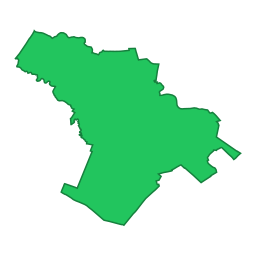 the district of Petresti, Dâmbovita, Romania
{"feature_id": "2599482B47779361305396", "entity_name": "Petresti", "entity_type": "district", "adm_level": 2, "iso_a3": "ROU", "parent_name": "Romania", "parent_adm1": "Dâmbovita", "projection": "equal_earth", "projection_center": [25.302, 44.657], "detail": "fine", "context": "isolated", "style": "filled", "palette": "green", "viewbox_px": 256, "rotation_deg": 0, "n_neighbors": 0, "source": "geoboundaries", "source_scale": "gbopen_adm2", "svg_char_len": 5429}
<svg xmlns="http://www.w3.org/2000/svg" viewBox="0 0 256 256"><path d="M216.6,172.3L216.0,169.6L214.9,168.0L212.7,167.1L210.5,165.4L208.2,163.4L207.8,162.5L207.3,160.8L207.8,160.5L208.5,160.1L207.6,158.2L207.5,157.7L207.6,157.3L208.6,156.0L209.1,155.1L210.2,153.8L213.6,150.8L213.6,150.1L214.5,150.1L216.5,150.4L216.6,150.0L217.3,149.3L218.3,149.0L221.0,147.6L221.4,147.5L222.0,147.8L228.5,154.1L231.2,156.5L232.3,157.6L233.8,159.5L235.6,158.2L238.2,155.4L240.6,153.3L237.4,151.3L237.3,151.5L216.4,137.0L218.9,125.2L218.5,125.1L218.1,123.2L216.6,121.6L220.2,120.5L216.1,115.7L214.3,113.9L212.5,112.4L210.7,113.1L209.6,112.8L207.6,110.0L204.4,109.5L201.9,108.9L201.0,109.1L199.2,109.2L196.6,108.2L194.2,107.9L190.4,108.5L184.1,108.7L182.0,108.9L180.0,108.5L178.5,107.5L177.5,106.2L177.0,105.0L176.8,103.2L176.6,100.7L176.3,99.2L175.7,97.6L174.7,96.4L172.4,95.1L168.8,94.3L166.7,94.2L163.9,94.7L162.0,95.3L159.9,95.4L159.9,93.8L159.4,92.3L159.5,91.6L160.4,90.9L161.7,90.1L163.1,89.1L163.7,87.4L163.4,86.3L162.2,85.2L160.9,83.5L160.5,83.2L159.8,82.9L159.4,82.9L157.9,83.4L157.0,83.5L156.9,83.0L157.2,82.1L155.1,82.1L155.1,81.6L154.5,81.6L154.3,81.0L154.2,81.0L154.1,80.7L154.4,80.4L156.0,80.5L156.4,77.5L156.8,75.0L157.3,71.2L158.0,67.9L158.8,64.1L153.7,63.9L152.9,63.7L151.4,63.1L150.5,62.4L149.0,60.8L146.8,58.9L146.0,58.9L140.8,59.6L139.5,59.7L138.5,59.9L136.5,53.0L136.0,51.5L135.3,48.6L135.2,48.4L128.9,48.6L129.1,50.4L120.2,51.3L114.9,51.4L109.8,51.3L108.6,51.4L107.1,51.3L104.6,51.3L104.3,51.3L103.9,50.9L103.2,50.3L102.6,50.7L101.8,51.9L101.5,52.1L100.1,52.4L99.8,52.6L98.8,54.4L98.5,54.7L98.3,54.8L96.7,54.0L94.5,53.5L94.1,53.4L93.6,53.1L92.7,52.7L92.0,52.7L92.3,51.7L92.4,49.8L92.3,49.1L91.8,48.4L91.4,47.3L91.1,47.1L87.2,46.4L86.9,46.0L85.7,45.1L84.9,44.6L84.2,43.6L84.3,43.0L84.4,42.7L85.3,42.0L85.2,41.7L85.0,41.2L85.2,40.9L85.1,39.5L85.0,39.1L83.6,37.8L82.2,37.4L80.4,37.5L78.8,37.9L77.3,37.7L76.8,37.7L75.2,37.3L74.1,36.8L73.6,36.8L72.8,37.0L72.0,37.0L69.8,37.6L69.0,37.7L68.4,37.5L67.5,36.6L66.3,34.6L66.1,34.4L65.3,33.9L63.6,32.9L61.1,32.7L60.6,32.8L60.1,33.0L58.6,34.0L57.3,35.3L56.9,36.0L56.5,36.3L55.8,36.5L54.8,36.7L52.3,38.3L50.6,36.7L50.1,36.3L49.4,36.0L48.1,35.6L46.9,34.9L44.3,33.7L42.9,33.1L40.9,32.7L39.6,32.7L36.4,32.1L35.0,31.5L34.3,30.8L34.2,31.2L34.1,31.6L33.6,32.2L33.3,32.7L33.2,33.2L30.0,38.0L29.6,38.2L26.1,43.8L20.0,52.8L19.8,53.2L15.4,58.6L15.6,58.8L16.4,58.8L16.6,58.6L16.8,58.2L17.1,58.1L17.9,59.0L18.0,59.3L18.4,59.6L18.7,60.0L18.5,61.0L18.1,63.4L18.0,64.1L16.8,66.2L17.0,66.8L18.7,67.0L19.6,67.2L21.0,68.3L21.5,69.1L21.9,69.7L22.2,69.9L23.8,70.7L25.1,71.7L25.4,71.7L26.4,71.3L27.0,71.4L27.7,72.4L28.0,73.2L30.5,72.4L30.9,72.4L31.3,72.7L31.9,74.0L32.2,74.2L35.0,74.3L35.8,74.8L36.0,74.8L36.9,74.7L37.2,74.9L37.4,75.4L37.4,76.1L37.3,76.6L37.6,77.5L37.6,77.8L37.5,78.3L36.4,80.0L36.5,80.4L36.9,80.9L37.7,81.2L39.2,80.9L40.1,80.4L41.2,78.9L41.5,78.6L42.0,78.5L43.2,79.1L44.0,80.1L44.1,80.3L44.2,81.6L44.4,82.2L44.7,82.7L45.2,83.0L46.0,83.0L47.2,82.0L48.4,81.2L48.9,81.2L49.6,81.4L49.8,81.5L49.9,81.9L49.9,82.4L49.5,83.7L49.7,84.5L51.4,85.9L52.8,86.2L54.6,86.3L55.4,86.5L53.0,91.1L52.9,91.7L53.0,92.2L53.3,93.1L53.6,93.5L54.3,95.3L54.9,95.7L55.2,96.8L56.0,97.6L57.8,100.2L59.2,100.8L62.0,100.6L62.5,100.6L64.4,101.3L66.7,102.9L68.3,104.4L70.7,105.2L70.8,105.5L70.8,106.3L71.4,107.0L71.5,107.9L72.6,108.6L74.0,109.1L72.3,111.1L74.8,112.6L71.5,117.8L70.5,118.6L70.8,121.3L71.0,124.5L71.5,124.5L71.8,124.3L72.1,124.0L72.1,123.8L72.2,123.7L73.6,123.0L74.2,122.3L74.4,122.0L74.4,121.8L74.2,121.6L74.2,121.4L74.0,121.2L74.0,120.9L74.3,119.9L75.0,119.2L75.4,119.2L75.5,119.4L75.8,119.5L76.0,119.8L76.1,119.7L76.6,119.8L77.1,119.2L77.5,119.0L78.1,119.3L78.4,119.8L78.5,120.1L78.3,120.6L78.5,121.3L78.4,121.5L78.1,121.6L78.6,122.1L78.5,122.9L78.1,123.1L78.3,123.4L78.9,123.5L79.1,123.8L79.3,124.3L79.2,124.7L78.6,125.4L78.5,125.5L79.1,126.6L79.3,126.9L79.4,127.3L79.7,127.8L79.8,128.1L80.0,128.4L80.2,129.1L80.4,129.2L80.8,129.2L81.0,129.6L81.1,130.3L81.0,130.6L79.9,131.6L79.7,131.8L79.7,132.0L79.7,132.4L80.0,132.5L80.7,132.4L81.0,132.7L81.5,133.9L81.5,134.1L81.0,134.3L80.7,134.3L80.5,134.1L79.9,134.3L79.4,134.6L79.3,134.8L79.4,135.0L80.2,135.5L80.7,135.6L81.6,135.3L81.9,135.6L82.0,135.8L81.2,136.9L81.1,137.0L81.2,137.3L81.5,137.6L82.7,138.0L83.3,138.5L83.7,138.9L84.2,139.6L84.6,139.7L84.9,139.9L85.1,140.2L85.2,140.8L85.5,141.2L86.3,141.8L86.9,141.9L86.6,143.6L86.6,143.8L87.8,143.9L92.7,144.9L90.4,150.9L92.1,151.6L77.2,188.2L75.1,187.3L71.1,185.9L70.7,185.9L70.3,185.6L64.7,183.7L64.3,184.2L63.4,186.8L63.2,187.1L62.2,189.5L61.9,190.3L61.2,192.1L63.0,193.3L64.9,194.3L65.8,194.6L66.3,194.7L66.7,195.1L68.5,196.2L71.5,198.1L72.6,199.0L73.4,199.6L76.1,200.9L79.3,202.1L84.8,204.5L86.7,205.6L89.3,207.8L92.4,210.2L102.1,218.6L104.0,220.2L109.4,221.4L118.0,223.7L118.4,223.8L121.5,224.6L122.2,224.6L122.9,224.7L123.6,225.0L123.9,225.2L131.3,216.1L133.1,213.9L135.2,211.8L136.3,210.5L142.0,203.1L145.7,198.5L152.7,192.1L155.3,189.9L159.2,186.0L158.7,184.3L157.5,184.6L157.1,184.2L156.2,180.9L159.0,180.2L161.1,176.3L159.3,174.9L158.4,174.0L163.8,172.5L167.7,171.8L171.2,171.0L171.9,170.8L172.1,170.6L171.8,170.3L171.7,170.0L174.2,168.7L177.1,166.9L180.2,165.2L181.0,164.9L184.4,168.1L184.8,167.9L190.2,172.6L193.4,175.4L201.1,182.6L203.5,181.0L208.0,178.1L209.3,177.2L210.7,176.4L210.5,176.0L210.5,175.9L214.7,173.4L216.4,172.4L216.6,172.3Z" fill="#22c55e" stroke="#15803d" stroke-width="1.5"/></svg>